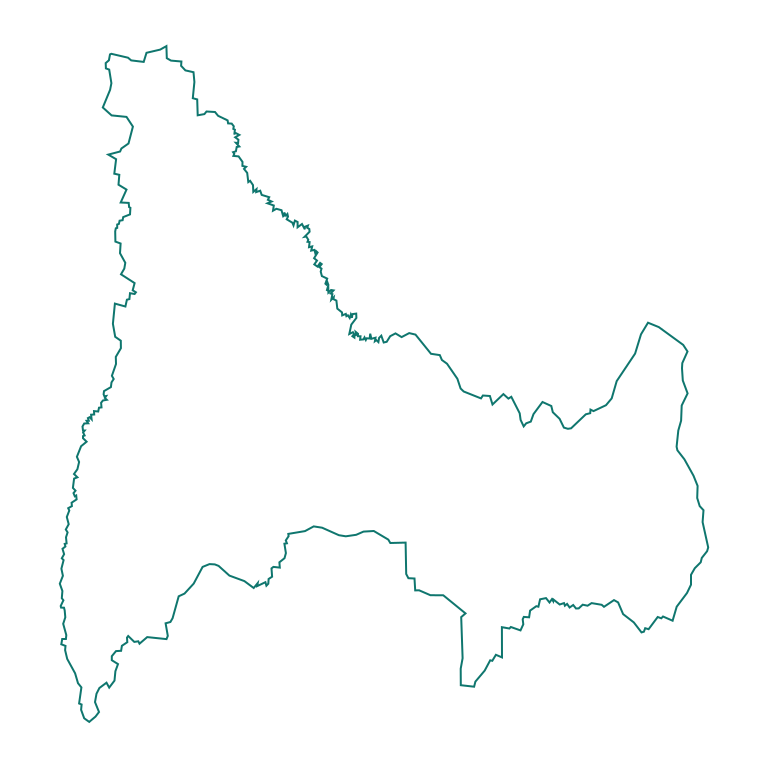 Na Bon, Nakhon Si Thammarat, Thailand (Equal Earth projection)
{"feature_id": "78962969B4441489097555", "entity_name": "Na Bon", "entity_type": "district", "adm_level": 2, "iso_a3": "THA", "parent_name": "Thailand", "parent_adm1": "Nakhon Si Thammarat", "projection": "equal_earth", "projection_center": [99.547, 8.282], "detail": "fine", "context": "isolated", "style": "outline", "palette": "teal", "viewbox_px": 768, "rotation_deg": 0, "n_neighbors": 0, "source": "geoboundaries", "source_scale": "gbopen_adm2", "svg_char_len": 6023}
<svg xmlns="http://www.w3.org/2000/svg" viewBox="0 0 768 768"><path d="M227.6,120.4L218.1,115.8L215.0,112.0L206.5,111.5L204.4,114.1L197.7,115.3L197.2,99.4L192.8,98.2L194.4,82.0L193.5,72.2L185.4,70.4L181.1,65.8L181.4,61.5L171.0,60.6L166.8,58.2L166.4,46.1L160.2,49.6L146.5,52.8L143.7,61.9L131.2,60.4L128.0,57.7L111.3,53.8L110.0,54.4L108.9,60.3L105.7,63.1L105.9,68.4L109.2,69.6L111.4,83.2L110.1,89.8L102.8,107.5L111.6,115.4L126.5,116.9L132.9,126.6L128.5,143.5L121.4,148.5L120.1,151.5L108.3,154.6L116.1,159.2L114.3,173.7L119.3,174.8L118.5,184.7L126.5,189.6L120.7,202.5L128.7,202.9L129.1,207.1L130.4,207.8L130.0,214.4L123.2,217.1L122.6,220.2L119.6,220.7L118.9,223.9L117.2,224.5L117.2,227.9L115.8,228.3L115.2,231.4L115.4,241.6L120.6,243.5L120.0,253.2L125.3,262.8L124.3,268.6L121.0,274.3L134.6,283.1L132.7,290.3L135.9,292.3L134.6,294.0L130.0,293.2L129.4,299.1L126.9,299.7L125.4,306.5L114.9,303.6L112.9,323.8L115.2,336.8L120.8,340.7L120.9,348.2L115.8,356.9L116.0,364.0L111.9,375.8L113.7,379.0L111.5,382.4L110.9,387.1L104.0,391.1L103.6,394.3L104.4,396.3L106.2,396.0L104.9,398.0L106.8,399.8L102.9,400.5L101.1,402.8L101.5,407.4L99.0,407.7L98.2,411.5L94.0,411.1L94.2,414.5L91.1,414.7L91.6,419.3L89.6,417.2L87.9,418.1L88.8,420.7L86.6,420.8L88.2,423.3L84.2,423.5L82.5,426.5L83.0,430.5L84.7,430.5L83.1,432.5L84.6,435.5L83.0,436.1L83.0,438.2L86.6,441.7L81.1,446.2L76.9,456.8L79.1,462.0L77.4,469.2L74.0,474.0L77.4,477.3L74.1,478.6L72.9,487.9L75.5,490.7L73.5,493.1L74.8,496.3L76.2,495.5L76.6,499.4L71.6,502.7L71.9,506.1L68.2,508.2L69.3,510.5L66.8,517.0L68.7,524.2L65.8,529.5L67.6,532.4L66.0,537.3L66.6,543.4L64.7,543.9L65.4,546.5L62.5,548.8L64.1,554.2L61.8,558.3L63.6,560.1L61.4,568.7L62.9,575.8L59.8,583.7L62.4,591.0L61.8,598.2L63.4,600.3L60.7,606.0L61.1,607.6L64.0,607.7L64.7,610.5L65.3,617.3L63.2,623.8L66.3,635.1L65.9,639.0L62.2,639.0L61.3,644.3L65.5,645.9L65.1,650.1L67.2,658.9L75.1,673.3L78.0,683.2L81.4,687.4L79.1,703.5L81.6,704.5L81.1,709.8L84.2,718.3L89.2,721.9L95.5,716.6L99.0,712.0L95.0,702.1L96.5,693.7L99.4,688.0L106.5,682.7L109.2,687.6L114.5,680.6L115.4,671.2L118.0,664.1L111.8,660.2L111.8,656.2L116.0,651.1L121.1,650.8L121.9,645.8L127.3,642.2L127.0,637.6L128.2,636.0L134.3,641.9L138.3,641.3L139.5,643.7L147.2,637.1L166.5,639.1L167.8,635.9L165.6,623.3L170.4,622.0L172.6,618.2L178.7,596.3L184.5,593.6L193.7,583.6L202.6,566.9L209.5,564.1L214.8,564.4L218.6,565.9L229.4,575.6L244.4,581.1L253.7,588.0L257.7,583.1L257.2,586.1L265.4,582.2L266.4,585.7L268.3,583.7L268.6,579.0L272.1,576.7L271.5,568.4L273.4,566.9L279.8,567.6L279.4,562.3L284.5,558.2L285.9,553.1L284.4,543.7L286.9,543.3L285.8,540.4L288.6,536.2L288.3,533.9L305.0,531.1L313.7,526.4L322.1,527.7L338.9,535.2L345.8,536.3L356.2,534.8L363.5,531.6L373.8,531.0L388.3,539.6L390.3,543.0L405.6,542.6L406.2,574.0L408.4,578.2L414.5,578.5L415.2,590.4L419.1,590.3L430.4,595.2L443.3,595.3L465.5,613.4L461.2,617.1L462.6,658.2L460.7,668.7L460.8,685.2L474.1,686.7L475.4,681.6L484.7,670.6L490.2,660.3L492.3,660.8L495.9,654.8L502.0,657.4L501.9,627.2L509.4,628.5L510.8,627.0L520.5,630.4L523.3,624.3L522.7,619.3L523.8,616.9L529.1,617.3L530.1,610.6L536.3,606.2L538.4,606.7L540.1,599.3L546.0,598.1L549.5,602.5L551.9,599.2L553.2,601.2L553.4,599.5L559.7,604.5L564.0,603.1L564.9,605.7L567.1,603.9L569.6,607.5L573.2,605.0L576.0,608.5L578.7,608.4L582.7,604.7L587.6,605.7L591.6,603.1L601.7,604.8L604.0,606.8L614.0,600.1L618.1,602.4L623.1,614.1L633.8,622.4L641.5,632.4L643.9,631.7L645.2,628.2L648.6,629.2L657.7,617.0L661.3,618.3L663.0,616.5L672.6,620.7L676.7,606.7L687.0,593.0L691.0,584.7L691.0,574.8L694.8,568.2L700.7,562.3L701.8,557.9L707.1,551.2L708.2,547.4L702.6,522.1L703.5,510.2L699.7,506.1L697.2,498.0L697.6,485.9L693.5,475.7L684.4,459.3L677.4,450.3L676.6,446.7L678.3,430.5L681.1,420.7L681.7,405.5L687.6,393.4L682.8,380.5L682.0,368.3L682.3,363.1L687.5,351.5L683.2,344.9L658.8,327.1L648.0,322.7L641.0,334.3L635.1,353.6L616.7,381.1L611.7,398.4L606.0,405.2L593.5,411.1L590.5,409.6L590.2,413.2L585.8,414.3L571.1,428.3L567.9,428.8L563.9,427.6L559.6,418.8L552.8,412.2L551.3,406.0L542.5,402.0L533.5,414.1L530.8,421.6L526.2,423.3L523.7,426.4L520.6,419.9L519.7,413.3L511.3,396.8L508.4,398.6L503.4,394.1L492.5,404.5L489.9,396.0L482.9,395.5L481.0,398.4L463.7,391.5L460.6,388.5L457.4,378.8L447.0,363.7L441.9,360.0L439.8,355.1L431.0,353.8L415.5,334.6L409.2,333.1L401.6,337.1L395.5,333.4L390.2,336.2L386.7,341.8L383.7,342.5L381.3,335.7L379.1,337.9L378.4,342.1L376.3,340.1L374.9,341.2L375.5,337.7L371.4,338.8L370.2,333.7L369.7,338.5L366.6,338.3L365.8,340.0L364.5,337.4L363.5,339.4L360.1,339.7L360.5,336.3L357.9,336.2L358.0,333.8L355.7,331.9L356.3,334.9L354.5,335.4L354.4,337.6L352.4,336.2L354.1,334.0L352.9,332.2L349.3,334.0L351.3,324.6L356.4,317.9L356.2,313.6L352.5,314.1L351.9,317.8L350.8,314.6L349.7,318.0L347.9,315.3L346.4,316.2L345.8,313.9L342.2,315.4L342.0,312.4L337.3,308.6L336.4,300.6L333.4,299.1L333.7,297.3L331.3,299.7L332.4,294.1L330.7,293.5L333.5,290.4L331.1,290.0L328.4,292.6L328.3,288.6L326.7,290.9L328.4,285.0L327.5,282.5L326.4,284.6L325.4,283.7L327.2,278.6L321.9,276.1L320.7,271.6L321.5,268.6L319.3,267.1L321.7,264.1L320.1,262.9L317.5,266.6L314.3,264.4L317.0,260.6L314.1,258.2L317.6,252.5L316.1,251.1L315.2,252.9L314.4,249.9L311.2,250.6L312.2,246.4L309.0,247.2L309.6,242.1L307.5,241.8L308.3,239.8L306.3,236.5L304.6,236.8L309.6,231.7L309.3,229.0L307.2,227.7L307.9,225.6L304.8,226.8L304.8,229.3L302.0,224.0L297.6,227.3L297.6,222.0L294.9,220.6L293.5,225.4L292.4,222.7L286.7,219.3L288.0,216.6L287.4,214.0L286.0,215.6L284.2,212.5L284.5,215.4L283.2,216.3L281.5,210.2L276.4,208.8L273.0,210.7L273.8,205.5L267.5,203.3L271.6,201.5L267.9,199.8L269.2,197.2L261.7,194.9L260.2,190.7L256.2,192.1L256.5,189.1L253.3,191.9L253.0,185.1L250.1,180.8L248.3,182.1L247.2,172.9L244.0,168.9L246.1,166.8L242.4,165.9L242.5,161.9L238.6,156.4L233.4,155.9L234.3,153.8L233.1,152.2L235.9,151.3L236.7,147.0L239.3,146.5L235.9,142.8L238.1,143.0L238.4,139.7L235.2,137.3L239.3,134.9L234.9,132.6L234.3,134.6L234.9,129.7L233.3,128.9L233.8,126.3L231.7,123.6L228.1,123.4L227.6,120.4Z" fill="none" stroke="#0f766e" stroke-width="2"/></svg>